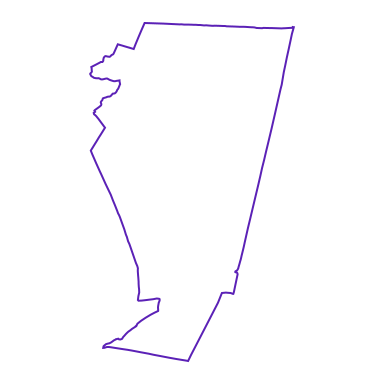 outline of Obrejita, Vrancea, Romania
{"feature_id": "2599482B71493090324690", "entity_name": "Obrejita", "entity_type": "district", "adm_level": 2, "iso_a3": "ROU", "parent_name": "Romania", "parent_adm1": "Vrancea", "projection": "robinson", "projection_center": [27.083, 45.477], "detail": "fine", "context": "isolated", "style": "outline", "palette": "violet", "viewbox_px": 384, "rotation_deg": 0, "n_neighbors": 0, "source": "geoboundaries", "source_scale": "gbopen_adm2", "svg_char_len": 4367}
<svg xmlns="http://www.w3.org/2000/svg" viewBox="0 0 384 384"><path d="M293.8,27.2L293.2,27.1L292.7,27.0L292.6,27.4L292.5,27.9L292.2,27.9L291.3,27.9L290.3,27.9L288.4,28.0L285.3,28.2L283.1,28.3L281.4,28.4L272.7,28.1L266.8,28.0L263.3,27.9L262.2,28.2L257.4,28.0L256.7,28.0L255.2,27.6L254.3,27.4L252.8,27.3L250.2,27.2L245.8,26.9L243.8,26.8L241.6,26.8L239.8,26.8L235.5,26.6L232.9,26.5L229.4,26.4L227.4,26.3L226.7,26.3L225.0,26.0L223.1,26.0L218.4,25.8L214.1,25.7L213.6,25.8L212.6,25.8L212.1,25.8L211.0,25.7L208.3,25.5L206.3,25.3L204.6,25.4L203.8,25.4L200.2,25.0L198.3,25.0L195.8,24.8L193.9,24.8L191.7,24.7L188.4,24.6L186.2,24.6L184.1,24.6L182.3,24.4L181.1,24.3L179.9,24.4L171.4,24.0L163.4,23.6L144.6,23.0L141.8,29.4L139.1,35.7L135.6,44.1L133.7,49.0L117.8,44.3L114.8,51.0L113.5,53.8L113.1,54.3L111.5,55.1L110.2,56.5L109.5,56.8L108.8,56.7L107.9,56.6L106.9,56.4L106.2,56.2L105.6,56.1L105.0,56.3L104.3,57.0L103.8,57.6L103.6,58.4L103.4,59.2L103.3,59.8L103.3,60.7L103.1,61.1L102.7,61.7L102.4,62.0L100.8,62.0L99.8,62.6L96.0,64.6L91.3,67.0L91.4,67.4L91.6,68.1L91.7,68.9L91.7,69.7L91.7,70.0L91.7,70.3L91.8,70.8L91.9,71.3L91.8,71.7L91.6,72.1L91.4,72.4L91.0,72.9L90.5,73.3L90.2,73.8L90.3,74.4L90.8,75.1L91.3,76.1L92.3,76.7L93.0,77.1L93.7,77.7L94.4,77.9L95.8,78.2L97.5,78.3L98.6,78.2L99.4,78.5L100.4,79.0L100.9,79.3L101.6,79.4L102.3,79.4L103.4,79.2L105.0,78.8L105.9,78.6L106.4,78.5L107.1,78.5L108.1,79.0L109.5,79.8L110.6,80.2L112.7,80.9L113.9,81.2L115.1,81.2L116.4,80.9L119.0,80.5L119.5,80.4L119.5,80.7L119.5,81.2L119.7,82.2L120.0,83.7L120.1,84.2L119.6,85.2L119.3,86.1L118.7,87.5L118.4,88.3L118.0,89.0L117.3,89.8L117.0,90.4L116.9,90.7L116.6,91.4L116.2,92.0L115.6,92.7L114.9,93.3L113.7,93.6L112.9,93.6L112.7,93.7L112.5,93.9L111.7,94.9L111.2,95.4L110.6,96.1L109.8,96.5L109.2,96.6L108.5,96.6L107.9,96.7L107.4,96.8L107.2,96.9L106.9,97.0L106.0,97.4L104.5,97.8L103.2,98.2L102.8,98.5L102.6,99.3L102.4,99.9L102.0,100.5L101.4,101.1L101.1,101.6L100.8,102.1L100.8,102.6L101.0,103.1L101.3,103.9L101.3,104.6L101.1,105.2L100.8,105.6L100.3,106.0L99.9,106.4L98.3,107.6L95.4,109.7L95.1,109.9L94.4,110.6L95.1,111.8L93.7,112.9L94.1,114.3L95.3,115.2L96.2,116.1L97.0,117.1L98.4,118.8L100.6,121.8L104.1,126.5L105.0,127.7L103.2,130.6L100.4,135.1L98.9,137.4L96.5,141.4L95.3,143.3L90.8,150.6L92.2,154.1L96.2,163.3L99.9,171.5L101.0,173.8L105.6,184.0L110.8,194.8L112.9,200.3L114.9,205.1L117.2,210.9L118.1,213.4L119.0,215.0L119.9,217.1L122.2,223.5L124.3,229.3L125.9,234.6L126.9,237.0L128.1,241.3L129.3,243.8L130.2,246.3L133.4,255.6L135.9,262.9L137.3,266.1L137.9,268.3L137.8,269.8L137.8,271.3L138.1,275.4L138.3,277.6L138.6,281.8L138.6,283.6L138.8,286.9L139.0,288.5L139.1,289.6L139.2,292.6L138.4,296.1L137.9,300.0L138.5,300.7L141.4,300.6L144.2,300.3L146.7,300.0L149.0,299.7L153.2,299.2L156.8,298.5L159.1,298.8L159.5,299.0L159.7,300.0L159.3,301.5L158.8,302.5L158.2,305.7L158.0,307.3L158.1,308.9L158.2,310.6L158.1,311.0L154.5,312.7L150.7,314.7L145.7,317.7L141.2,320.7L137.4,323.7L136.8,325.1L135.7,326.2L135.9,326.4L132.0,328.9L130.3,330.3L128.4,331.6L127.3,332.6L125.9,334.0L124.5,335.6L123.2,337.0L122.5,338.1L122.2,338.7L121.5,339.1L120.2,339.5L118.9,339.3L118.3,338.7L116.1,339.2L116.1,339.3L114.0,340.3L111.3,342.3L109.4,343.3L108.3,343.5L106.1,344.1L104.6,345.3L104.2,345.6L103.6,346.2L103.5,346.6L103.2,347.9L103.5,347.9L103.9,347.9L105.0,347.6L106.5,347.1L107.1,347.0L108.9,347.0L111.1,347.3L114.9,347.9L123.3,349.2L127.5,349.8L132.1,350.6L141.0,352.3L148.7,353.7L153.7,354.8L159.1,355.8L164.3,356.8L169.0,357.7L176.3,359.0L180.0,359.6L187.3,360.8L187.6,360.9L188.1,361.0L189.6,357.9L191.1,354.8L195.0,347.3L206.1,325.8L218.0,302.7L221.9,293.0L225.9,292.6L227.9,292.8L229.2,292.9L230.5,293.0L231.5,293.3L232.1,293.6L232.5,293.7L232.9,293.9L233.3,293.9L233.9,292.0L237.6,274.3L237.4,273.3L237.1,272.8L236.7,272.5L236.3,272.4L235.7,272.3L235.3,272.1L235.3,271.7L235.5,271.3L236.1,271.0L236.4,270.9L237.1,270.3L237.7,269.5L238.3,268.2L238.4,267.9L238.4,267.6L239.5,263.8L240.2,261.2L240.4,260.6L240.8,259.2L241.0,258.3L241.1,258.0L241.7,255.2L241.8,254.9L243.1,249.6L243.7,247.1L244.9,241.6L248.0,227.8L249.8,220.4L253.2,206.1L258.4,184.3L260.3,176.1L261.2,172.0L262.1,167.9L264.1,160.0L266.1,151.4L267.9,144.0L271.5,128.9L274.9,114.1L277.7,101.7L280.5,89.3L281.7,84.7L282.5,79.9L283.8,72.1L285.3,65.1L286.9,57.2L288.7,49.1L290.6,40.2L291.9,34.0L293.8,27.2Z" fill="none" stroke="#5b21b6" stroke-width="2"/></svg>